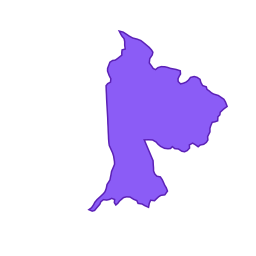 Gado Bravo, Paraíba, Brazil, rotated 223°
{"feature_id": "56859067B38190355049455", "entity_name": "Gado Bravo", "entity_type": "district", "adm_level": 2, "iso_a3": "BRA", "parent_name": "Brazil", "parent_adm1": "Paraíba", "projection": "albers", "projection_center": [-35.816, -7.565], "detail": "fine", "context": "isolated", "style": "filled", "palette": "violet", "viewbox_px": 256, "rotation_deg": 223, "n_neighbors": 0, "source": "geoboundaries", "source_scale": "gbopen_adm2", "svg_char_len": 2221}
<svg xmlns="http://www.w3.org/2000/svg" viewBox="0 0 256 256"><g transform="rotate(223 128 128)"><path d="M100.9,41.6L97.5,42.8L96.2,44.9L96.4,48.1L96.6,52.9L97.6,55.6L97.1,58.8L94.4,60.8L92.9,63.0L91.9,65.4L89.0,66.6L87.1,64.1L84.4,63.4L84.1,65.9L84.4,68.9L84.1,71.5L83.8,74.1L82.1,76.7L79.4,78.9L75.2,79.7L72.0,80.9L69.2,79.7L65.9,82.0L63.0,82.6L58.9,84.0L61.1,87.5L62.2,90.6L59.0,92.9L58.9,95.9L58.7,98.7L58.0,101.2L55.5,104.2L56.1,108.8L59.3,110.4L62.2,111.2L64.7,112.3L67.6,113.5L71.0,114.3L74.1,112.4L77.2,112.7L80.0,114.0L82.2,116.3L84.4,118.3L87.4,121.2L108.0,130.4L105.1,133.3L101.9,136.0L97.9,136.9L94.9,136.6L91.6,136.8L87.5,138.0L84.6,140.1L82.9,142.0L82.9,144.6L79.7,144.8L76.9,147.0L72.8,147.7L70.4,149.2L69.3,151.9L69.3,155.3L71.6,157.5L70.4,161.0L67.4,161.7L63.9,162.1L63.6,164.8L61.5,167.7L60.9,170.9L61.4,173.7L63.9,176.0L65.4,181.0L67.8,183.6L69.0,186.0L70.3,189.6L68.7,191.7L67.3,194.4L69.9,197.5L69.8,200.3L71.3,202.4L71.0,206.9L70.2,211.4L74.5,213.5L77.5,214.4L84.1,213.4L88.6,211.2L91.1,210.6L93.9,210.5L96.6,210.1L98.8,211.5L102.4,209.9L105.8,211.0L108.5,212.7L112.0,212.2L114.7,210.8L116.8,207.6L116.4,204.3L116.8,201.3L118.1,198.4L119.7,196.1L123.0,196.2L125.0,198.1L125.9,200.8L126.4,203.3L128.8,205.5L132.8,203.6L137.7,200.5L140.4,199.3L142.8,197.9L145.5,195.6L147.3,192.5L147.7,189.5L150.1,188.7L152.7,189.3L156.8,190.1L159.4,193.6L160.1,198.0L161.5,200.4L164.0,201.1L167.3,201.4L171.7,201.2L175.3,201.0L178.3,200.7L181.8,199.3L186.0,197.0L190.0,196.0L193.3,195.5L197.0,194.8L200.5,192.9L197.2,191.7L194.8,191.0L191.9,190.7L189.3,188.9L186.8,186.2L183.9,183.9L185.6,181.1L183.9,178.8L182.2,177.1L182.6,174.4L183.0,171.8L183.6,168.9L185.3,166.9L186.1,163.8L184.7,160.4L183.6,157.7L181.8,155.7L177.7,153.6L174.1,152.3L172.1,149.6L173.1,146.6L172.9,144.0L169.4,140.5L166.7,137.9L163.6,134.8L160.7,132.0L149.9,121.7L145.7,117.5L143.4,115.3L139.8,111.7L137.1,109.1L134.7,106.7L131.6,103.9L129.7,102.4L125.9,100.8L122.5,99.4L119.3,97.6L115.0,94.2L113.1,92.3L111.8,88.9L110.4,85.0L108.6,82.3L107.3,80.1L105.8,77.8L105.3,75.3L104.8,72.4L102.7,69.0L101.4,65.8L101.2,63.4L101.4,59.5L101.8,54.6L101.6,51.1L100.8,48.3L100.3,44.8L100.9,41.6Z" fill="#8b5cf6" stroke="#5b21b6" stroke-width="1.5"/></g></svg>